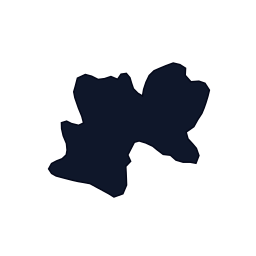 the district of São José da Lapa, Minas Gerais, Brazil, rotated 140°
{"feature_id": "56859067B3782991580479", "entity_name": "São José da Lapa", "entity_type": "district", "adm_level": 2, "iso_a3": "BRA", "parent_name": "Brazil", "parent_adm1": "Minas Gerais", "projection": "mercator", "projection_center": [-43.99, -19.696], "detail": "fine", "context": "isolated", "style": "filled", "palette": "ink", "viewbox_px": 256, "rotation_deg": 140, "n_neighbors": 0, "source": "geoboundaries", "source_scale": "gbopen_adm2", "svg_char_len": 1180}
<svg xmlns="http://www.w3.org/2000/svg" viewBox="0 0 256 256"><g transform="rotate(140 128 128)"><path d="M98.6,57.3L91.4,61.3L88.7,68.5L88.7,74.0L89.0,81.2L86.1,87.5L76.7,86.7L69.1,89.6L62.1,91.7L56.9,94.4L52.2,97.2L46.5,100.9L41.3,104.7L40.3,112.8L43.6,118.3L50.1,123.0L50.3,131.6L45.5,136.8L47.5,143.2L51.6,148.7L58.8,151.3L65.8,153.5L71.3,155.1L78.0,154.6L84.8,151.5L91.1,147.6L96.3,143.2L98.1,148.3L98.6,154.6L96.6,159.8L94.2,165.3L94.2,170.9L98.7,173.7L104.7,172.0L108.0,178.4L114.3,180.9L119.7,184.4L122.6,191.1L126.3,196.4L134.7,198.7L141.7,193.7L146.3,190.6L149.2,185.4L151.0,180.7L153.1,175.2L155.8,166.7L158.8,160.4L164.1,161.8L168.5,167.8L170.6,172.7L175.6,174.8L179.3,170.1L182.6,163.7L185.1,155.7L188.9,150.2L192.6,147.1L198.3,146.8L203.9,148.7L209.4,149.9L215.1,147.7L215.7,142.3L213.9,137.5L208.7,130.1L203.9,123.4L200.6,119.1L197.1,115.0L192.8,109.8L189.3,100.9L185.1,90.3L183.1,84.2L174.2,80.9L165.8,85.2L161.8,90.3L158.1,95.1L154.4,100.0L147.4,100.8L145.5,107.5L139.5,110.0L132.3,113.0L127.8,111.0L124.0,105.2L120.7,98.1L119.7,92.6L118.0,85.2L113.0,79.9L111.9,72.6L107.7,66.3L102.3,61.8L98.6,57.3Z" fill="#0f172a" stroke="#020617" stroke-width="1.5"/></g></svg>